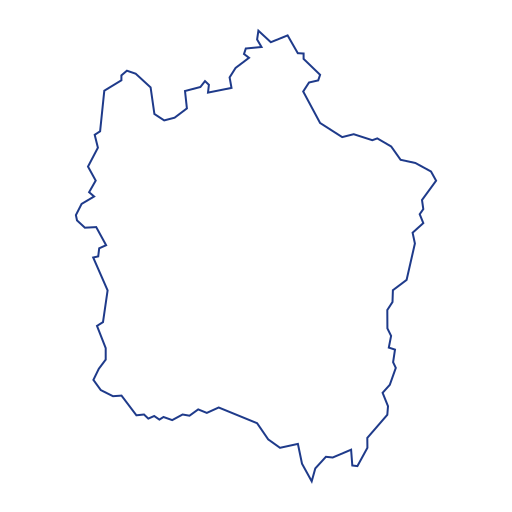 outline of Vinitsa, Vinica, North Macedonia
{"feature_id": "65306769B11231402107621", "entity_name": "Vinitsa", "entity_type": "district", "adm_level": 2, "iso_a3": "MKD", "parent_name": "North Macedonia", "parent_adm1": "Vinica", "projection": "mercator", "projection_center": [22.586, 41.86], "detail": "fine", "context": "isolated", "style": "outline", "palette": "blue", "viewbox_px": 512, "rotation_deg": 0, "n_neighbors": 0, "source": "geoboundaries", "source_scale": "gbopen_adm2", "svg_char_len": 1473}
<svg xmlns="http://www.w3.org/2000/svg" viewBox="0 0 512 512"><path d="M387.4,328.4L387.3,310.0L392.5,302.0L392.9,290.2L406.6,279.9L414.9,243.5L412.6,232.7L423.3,223.1L419.7,214.2L423.3,209.1L422.0,200.0L436.1,180.7L431.0,171.5L415.4,163.0L400.6,159.8L391.2,146.5L377.3,138.4L372.3,140.2L353.7,134.2L342.2,137.1L320.1,123.0L303.2,91.5L309.0,82.5L318.2,80.4L320.1,74.8L303.6,58.9L303.6,53.5L297.8,53.2L287.6,35.4L270.8,42.2L258.4,30.7L257.1,39.5L261.5,47.0L245.8,48.5L244.0,54.0L249.0,57.8L235.6,67.9L229.6,77.4L231.5,87.9L208.0,92.6L208.9,84.8L205.0,81.1L200.4,87.0L185.0,91.0L186.9,108.4L174.6,117.7L164.2,120.4L154.4,114.0L150.6,87.4L135.7,73.7L126.9,70.7L121.4,75.4L121.4,80.3L104.3,90.7L100.1,131.3L94.7,134.8L97.9,147.7L88.0,166.6L95.7,180.6L89.1,192.2L94.1,196.5L81.6,203.9L75.9,215.1L77.0,220.4L84.9,227.7L96.2,227.1L106.1,245.2L99.2,248.3L98.2,256.4L93.2,257.5L107.6,290.4L103.0,322.1L97.0,325.9L105.7,348.1L105.7,359.6L98.8,368.8L93.4,379.9L100.8,390.1L113.0,396.2L121.5,395.6L136.4,415.3L144.0,414.5L148.3,418.6L154.2,416.0L159.4,419.6L163.5,417.0L172.2,420.1L182.6,414.5L189.5,415.7L198.2,409.4L206.8,412.9L218.7,407.5L257.1,423.2L268.2,439.4L280.0,447.8L297.9,443.9L302.0,463.7L311.7,481.3L315.3,468.4L325.9,456.8L332.7,457.5L351.1,449.7L352.3,465.5L357.4,466.1L367.4,447.8L367.3,437.9L387.3,414.8L388.0,406.2L382.6,392.8L389.8,384.8L395.8,367.9L393.1,362.2L395.0,349.6L388.8,347.6L391.1,335.9L387.4,328.4Z" fill="none" stroke="#1e3a8a" stroke-width="2"/></svg>